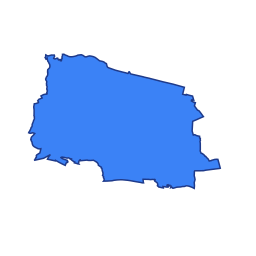 Mosoaia, Arges, Romania, rotated 17°
{"feature_id": "2599482B7420544870343", "entity_name": "Mosoaia", "entity_type": "district", "adm_level": 2, "iso_a3": "ROU", "parent_name": "Romania", "parent_adm1": "Arges", "projection": "robinson", "projection_center": [24.795, 44.826], "detail": "fine", "context": "isolated", "style": "filled", "palette": "blue", "viewbox_px": 256, "rotation_deg": 17, "n_neighbors": 0, "source": "geoboundaries", "source_scale": "gbopen_adm2", "svg_char_len": 5663}
<svg xmlns="http://www.w3.org/2000/svg" viewBox="0 0 256 256"><g transform="rotate(17 128 128)"><path d="M60.1,181.4L68.2,180.7L68.1,180.1L72.2,181.0L75.5,181.6L78.9,182.1L79.1,179.5L80.3,178.5L80.4,177.9L80.0,177.4L79.4,177.4L79.4,176.7L75.1,176.6L74.3,176.5L72.9,176.1L72.5,175.8L72.8,175.4L73.3,175.4L73.7,175.0L74.6,175.1L75.0,174.8L78.6,174.6L79.4,174.1L80.1,173.9L81.9,174.6L82.3,174.6L82.3,174.1L83.0,174.1L82.9,174.8L83.1,175.0L86.2,176.1L86.9,176.0L86.9,177.0L89.7,176.9L90.0,177.0L91.6,176.8L90.9,176.2L90.8,175.7L91.0,175.3L90.7,174.6L90.8,174.0L91.2,172.8L91.4,172.5L91.7,172.4L91.9,172.7L92.1,173.2L98.4,170.6L99.1,170.7L101.4,170.1L104.5,168.9L104.9,169.1L105.6,169.1L106.8,169.6L107.8,169.6L108.4,170.1L108.8,170.1L109.3,170.5L110.1,171.3L110.3,171.7L110.4,172.1L110.6,172.3L111.8,172.7L112.1,172.8L114.0,173.3L114.1,173.6L114.0,173.9L114.1,174.1L114.6,174.2L114.8,174.3L115.1,174.7L115.4,175.5L116.0,176.6L116.9,177.8L117.6,179.4L117.5,180.8L118.9,181.7L119.0,182.7L119.8,183.3L120.5,184.8L120.1,186.0L123.1,185.0L123.7,184.8L128.2,183.1L130.1,182.0L132.9,180.8L136.2,179.6L137.6,179.2L142.9,178.1L145.5,177.7L151.4,177.0L155.8,176.4L157.6,176.3L158.9,175.9L158.2,174.8L158.1,174.2L157.5,173.2L157.4,172.6L163.1,171.0L164.0,170.9L164.8,170.7L166.4,170.0L167.8,169.7L168.6,169.3L168.9,169.4L169.2,169.7L168.9,170.3L168.8,170.5L169.1,170.9L169.5,171.1L171.2,171.6L171.7,171.8L172.4,172.4L173.1,173.6L172.9,174.2L173.0,174.6L173.2,174.8L173.6,174.9L174.1,174.9L174.5,175.4L176.6,175.3L179.3,175.0L179.1,174.6L178.6,173.7L182.7,173.1L183.0,172.8L183.5,172.8L183.8,172.6L183.9,172.4L183.7,172.2L183.4,172.0L182.9,171.9L182.2,171.6L182.0,171.3L182.1,171.1L182.3,170.9L182.9,170.5L183.2,170.7L183.3,171.1L183.5,171.2L183.9,171.0L184.4,170.7L184.4,171.2L186.1,170.9L186.3,171.2L186.4,171.4L186.3,172.6L187.2,172.0L187.5,171.9L187.9,172.0L188.3,172.4L188.5,172.5L188.7,172.4L189.6,171.9L191.7,170.5L192.5,170.1L195.5,169.0L197.3,168.0L199.1,167.4L199.5,167.1L200.2,166.5L201.0,166.1L203.3,165.8L206.7,166.0L209.0,166.4L208.5,164.0L208.0,162.6L207.3,160.9L207.2,157.7L206.0,155.4L205.5,154.7L205.2,154.0L204.7,152.0L204.2,150.2L204.2,149.9L204.3,149.5L205.3,149.1L209.8,147.7L212.8,146.7L214.7,145.6L227.4,139.9L228.0,139.5L225.6,135.6L223.1,131.7L221.6,132.1L220.1,132.7L218.3,133.9L217.7,134.2L217.5,134.4L217.4,134.6L217.2,134.8L215.3,135.8L213.7,134.2L211.9,133.3L210.4,132.3L209.9,132.5L208.3,131.3L207.3,131.1L206.8,130.7L205.3,130.8L204.8,130.1L204.3,129.6L203.7,128.8L203.5,128.0L203.5,127.6L201.6,121.5L200.7,119.6L200.9,118.8L200.8,118.5L200.2,117.4L200.2,116.7L199.3,116.5L198.9,115.0L196.5,115.2L195.2,115.2L194.9,115.0L193.8,114.9L192.5,115.6L190.2,112.1L187.9,102.7L191.6,99.6L193.4,98.0L196.8,95.1L192.4,91.8L190.7,90.7L189.2,90.6L187.7,89.4L185.1,87.5L185.0,84.1L184.5,84.2L184.5,84.3L183.8,84.3L183.7,84.1L183.2,84.1L182.8,84.1L182.4,83.9L180.7,83.6L180.6,82.7L181.8,82.8L181.8,82.5L181.7,82.4L181.7,82.0L182.7,82.1L180.4,78.6L176.5,78.8L173.9,78.8L173.7,79.0L173.8,79.6L170.4,79.7L170.0,72.6L158.1,72.9L148.0,73.6L138.9,74.0L134.9,74.2L134.0,74.2L128.9,74.6L127.5,74.6L115.0,75.5L114.3,75.3L113.3,74.2L113.0,74.0L112.7,73.9L112.5,74.0L112.1,75.8L111.9,75.9L109.5,75.9L106.6,76.1L99.1,76.4L92.2,76.1L91.3,76.0L90.5,75.7L89.9,75.0L88.5,72.7L87.6,72.7L86.0,72.0L84.5,71.8L82.9,71.9L81.8,72.0L81.0,72.0L77.4,70.6L75.9,70.1L74.1,69.9L72.2,70.0L70.7,70.2L69.9,70.4L68.3,71.4L67.6,72.0L66.7,72.3L66.1,72.5L63.5,71.7L61.9,71.6L58.7,73.0L58.0,73.7L56.6,74.7L54.4,75.9L53.1,76.4L52.2,76.7L51.0,76.9L49.7,76.9L48.4,76.6L46.9,76.6L45.3,76.2L44.7,76.3L43.8,76.7L44.2,77.5L44.1,78.6L44.1,79.3L44.5,80.5L44.7,80.8L44.7,81.1L44.5,81.4L44.2,81.6L44.0,81.9L44.2,82.3L44.6,82.7L44.6,83.2L44.1,83.4L43.6,83.4L42.9,82.5L42.6,82.5L42.2,82.9L41.7,83.2L41.3,83.0L40.7,82.3L40.6,81.9L40.3,81.8L39.3,82.2L39.0,82.5L38.8,82.9L38.1,83.2L37.3,83.3L36.6,83.2L36.6,82.4L36.8,80.8L36.2,79.8L35.3,80.1L33.5,80.6L30.4,82.5L29.4,82.5L28.6,82.2L28.0,82.1L28.5,84.9L28.3,85.0L29.5,86.2L29.9,85.9L30.0,85.4L30.0,85.1L30.2,84.8L30.9,86.2L31.9,87.7L32.9,88.4L33.8,89.6L34.4,89.9L35.1,91.3L35.3,91.9L35.4,93.2L35.3,93.6L34.2,95.7L34.3,96.2L34.4,96.6L34.4,96.8L34.7,97.3L34.6,97.7L34.8,98.3L35.3,98.7L35.2,99.1L35.3,99.4L35.5,99.8L35.6,100.5L35.7,101.0L35.5,101.5L35.6,102.0L35.1,103.0L35.0,103.5L35.1,104.4L35.0,104.9L34.9,105.2L35.3,106.0L36.1,106.7L36.8,107.5L37.1,109.7L37.5,110.0L37.5,110.8L37.7,111.1L38.4,111.8L38.6,112.1L38.6,112.7L38.9,113.4L38.8,114.1L39.0,114.7L39.8,115.2L39.9,115.4L39.7,115.8L40.0,116.5L40.2,116.9L40.0,117.5L40.0,118.4L40.4,118.4L40.5,118.6L40.6,119.0L40.5,119.3L39.0,119.9L38.0,120.4L37.3,120.9L35.4,122.8L36.5,123.8L37.1,124.4L34.3,126.7L33.7,128.4L34.5,129.0L34.8,129.4L34.9,129.9L33.7,130.9L32.3,131.8L31.3,132.2L31.7,135.4L33.0,138.4L34.3,142.8L34.4,143.6L35.1,144.4L35.2,144.7L35.1,144.9L35.4,145.4L35.7,146.2L35.8,146.8L35.8,147.2L35.5,148.4L35.6,149.4L35.3,152.6L35.6,153.6L35.7,154.2L35.7,155.1L35.3,155.6L35.2,156.2L35.3,156.8L35.1,158.3L34.9,159.0L35.0,159.4L34.9,159.7L34.5,160.7L34.4,161.6L36.0,161.7L36.9,161.3L37.3,160.9L37.7,160.8L38.1,160.4L40.4,160.5L39.7,162.4L38.5,164.6L38.3,165.3L38.3,166.3L38.4,167.3L38.7,167.3L38.7,167.8L39.2,168.5L40.2,169.4L41.2,171.3L42.0,172.3L42.3,172.6L43.7,173.3L45.5,173.7L46.6,173.8L47.4,174.1L48.8,174.0L49.6,173.8L50.6,173.3L50.6,173.9L50.8,173.9L51.0,177.3L51.0,177.6L50.8,177.9L49.7,179.0L49.2,179.8L48.6,180.4L48.5,180.7L48.4,181.4L48.8,182.1L48.8,182.5L49.0,182.8L49.0,183.0L48.6,183.3L48.6,183.7L48.3,184.4L48.5,184.9L48.0,185.9L48.2,186.1L56.2,181.6L61.6,176.1L61.2,176.9L60.9,177.7L60.5,178.7L60.3,180.0L60.3,180.4L60.1,181.4Z" fill="#3b82f6" stroke="#1e3a8a" stroke-width="1.5"/></g></svg>